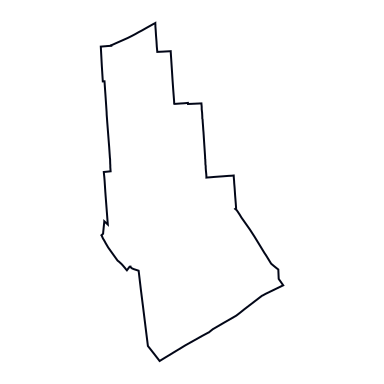 the district of Spantov, Calarasi, Romania
{"feature_id": "2599482B51695230514205", "entity_name": "Spantov", "entity_type": "district", "adm_level": 2, "iso_a3": "ROU", "parent_name": "Romania", "parent_adm1": "Calarasi", "projection": "mercator", "projection_center": [26.79, 44.153], "detail": "fine", "context": "isolated", "style": "outline", "palette": "ink", "viewbox_px": 384, "rotation_deg": 0, "n_neighbors": 0, "source": "geoboundaries", "source_scale": "gbopen_adm2", "svg_char_len": 2544}
<svg xmlns="http://www.w3.org/2000/svg" viewBox="0 0 384 384"><path d="M159.6,361.0L165.3,357.5L185.4,345.3L201.8,336.1L207.2,333.2L208.1,332.7L208.7,332.5L212.8,329.2L223.8,322.8L236.0,315.8L237.1,315.0L239.7,313.0L244.3,309.3L261.9,295.8L263.2,295.2L263.7,294.9L265.7,293.8L283.2,285.3L278.7,278.9L278.4,271.5L278.3,269.5L276.5,268.1L273.9,266.0L271.4,263.9L271.1,263.6L266.2,255.6L264.4,252.9L259.6,245.0L254.4,236.5L249.8,229.4L245.5,223.3L241.4,217.5L239.8,214.8L237.8,211.8L236.8,210.3L236.5,210.0L235.2,208.9L236.1,208.2L235.8,204.0L235.1,195.2L234.8,190.7L234.6,187.8L234.2,183.1L234.1,181.1L233.8,177.6L233.7,175.5L231.9,175.7L228.2,175.9L223.1,176.3L218.7,176.6L214.7,176.9L213.4,177.0L211.4,177.2L207.3,177.5L206.4,177.6L206.4,176.5L206.3,174.6L206.1,172.5L205.9,170.5L205.8,169.2L205.7,167.7L205.7,166.1L205.4,164.0L205.4,162.4L205.3,160.8L205.3,159.7L205.1,158.4L205.1,157.0L203.9,138.7L203.8,137.1L203.7,135.4L203.6,134.0L203.5,132.3L203.3,130.1L203.2,128.7L203.1,127.1L202.9,124.4L202.7,121.7L202.6,119.6L202.3,118.4L202.3,117.7L202.3,116.8L202.2,114.7L202.1,112.8L201.9,111.0L201.7,109.1L201.7,106.9L201.4,103.4L188.0,104.0L187.9,102.9L187.1,103.0L183.7,103.3L180.3,103.5L176.2,103.8L174.7,103.9L174.4,103.9L174.2,103.8L174.2,103.7L174.1,101.2L173.2,89.4L172.5,79.5L172.1,73.1L171.1,57.7L170.9,54.7L170.7,51.5L170.7,51.2L167.0,51.4L163.4,51.6L157.3,51.9L156.8,46.6L156.5,41.6L156.0,35.3L155.7,30.3L155.4,26.4L155.4,24.9L155.3,23.9L155.3,23.0L152.9,24.3L146.8,27.7L141.7,30.6L138.8,32.1L135.3,34.1L131.9,35.9L130.3,36.7L127.7,38.0L122.3,40.4L115.5,43.4L113.1,44.5L112.2,44.9L111.6,45.1L111.0,45.3L111.0,45.5L111.1,45.8L106.7,46.1L106.1,46.2L105.9,46.2L100.8,46.6L101.8,65.5L102.8,81.4L104.5,81.3L105.1,90.2L105.5,95.7L106.1,104.6L106.6,112.2L106.7,114.9L107.0,118.8L107.2,121.7L109.2,147.4L109.9,157.7L110.1,159.4L110.1,160.1L110.2,164.0L110.3,165.0L110.3,167.1L110.6,171.3L103.8,172.0L103.9,173.2L104.3,177.1L104.6,180.8L105.3,191.6L105.6,195.7L107.8,224.5L104.3,221.3L104.3,221.7L103.9,225.4L103.2,232.3L103.1,233.7L102.3,234.5L101.5,235.2L101.6,235.3L102.0,236.3L103.0,238.6L103.8,239.8L105.1,242.1L105.5,242.9L108.2,247.5L110.4,250.6L117.5,260.5L118.3,261.2L118.9,261.6L120.3,262.9L121.5,264.0L122.7,265.3L125.0,268.0L125.9,269.2L126.9,270.3L129.6,266.7L130.5,266.6L130.6,267.1L131.1,267.6L131.4,267.9L131.9,268.3L133.0,268.8L133.7,269.1L138.6,270.7L138.7,271.3L140.9,289.9L142.7,304.2L143.0,306.5L146.7,336.4L147.3,341.1L147.9,346.0L151.7,350.8L158.8,359.9L159.6,361.0Z" fill="none" stroke="#020617" stroke-width="2"/></svg>